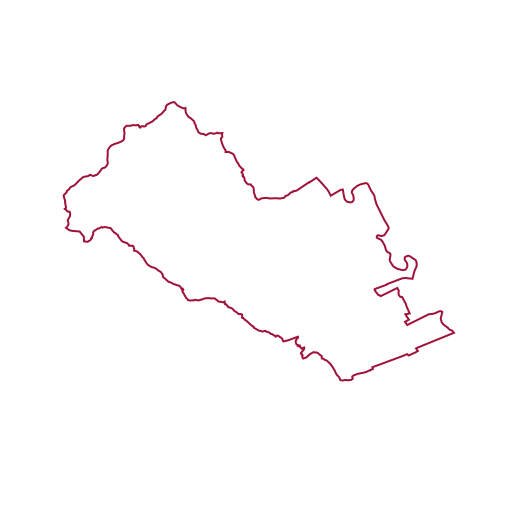 the district of Saulesti, Gorj, Romania, rotated 322°
{"feature_id": "2599482B57041086191744", "entity_name": "Saulesti", "entity_type": "district", "adm_level": 2, "iso_a3": "ROU", "parent_name": "Romania", "parent_adm1": "Gorj", "projection": "mercator", "projection_center": [23.467, 44.815], "detail": "fine", "context": "isolated", "style": "outline", "palette": "rose", "viewbox_px": 512, "rotation_deg": 322, "n_neighbors": 0, "source": "geoboundaries", "source_scale": "gbopen_adm2", "svg_char_len": 6086}
<svg xmlns="http://www.w3.org/2000/svg" viewBox="0 0 512 512"><g transform="rotate(322 256 256)"><path d="M363.0,432.1L363.0,430.7L361.5,425.2L361.5,422.7L363.0,419.0L368.3,414.9L368.3,414.2L367.7,413.3L366.1,412.3L362.3,411.5L360.9,410.9L359.0,410.1L356.4,408.3L332.7,403.5L332.9,399.6L337.3,400.3L337.8,393.9L341.7,395.9L343.5,388.8L344.6,385.9L345.9,378.3L344.8,377.3L344.5,376.7L344.6,374.4L345.6,372.8L347.1,371.3L347.7,368.2L329.5,364.4L329.4,363.4L328.4,361.9L328.4,356.9L328.8,355.3L329.3,355.2L341.4,359.1L341.9,358.8L357.4,363.6L359.9,365.1L365.3,370.3L371.2,365.7L376.3,362.9L378.1,360.7L378.7,359.5L379.2,358.1L379.2,357.3L377.3,351.6L376.7,350.2L375.9,349.4L373.3,348.6L372.3,348.7L371.3,349.8L370.9,350.8L370.7,353.8L370.4,355.0L369.3,356.9L368.3,357.8L366.1,358.6L364.9,358.6L363.0,357.6L359.6,353.3L357.9,349.2L357.8,348.2L358.3,343.0L358.9,341.4L362.6,338.0L363.2,336.9L363.2,336.1L362.1,334.0L361.9,332.5L362.4,330.5L363.8,327.3L364.6,322.0L364.5,320.3L362.8,316.8L362.5,315.9L362.7,315.6L363.5,314.8L364.6,314.6L365.1,314.9L367.0,317.4L369.4,318.5L370.5,318.5L377.5,316.0L378.4,314.2L379.2,307.1L382.8,289.5L385.0,283.8L386.3,281.6L386.6,280.0L386.9,275.6L388.4,268.6L388.3,267.5L387.9,266.7L386.6,265.7L382.2,263.8L379.1,263.1L374.3,263.1L372.0,263.7L370.5,265.0L370.0,268.1L368.2,271.2L367.4,271.9L366.4,272.4L365.0,272.6L363.3,271.9L361.1,269.1L360.8,266.0L362.5,262.3L365.3,257.1L364.0,256.2L362.7,255.9L352.0,254.5L352.9,250.1L353.1,247.2L352.7,239.5L351.9,231.6L343.0,230.8L343.0,230.5L328.5,229.5L326.5,228.7L325.6,227.9L324.5,228.2L322.7,227.4L318.3,227.7L316.3,226.8L314.5,227.4L313.8,227.3L311.2,226.0L309.3,224.7L307.9,223.2L302.1,219.0L300.6,217.1L297.9,215.2L295.4,213.8L293.1,213.6L292.4,213.1L291.7,211.2L291.9,210.0L291.7,208.7L292.4,207.8L293.5,204.6L295.4,201.9L296.2,200.1L295.8,198.1L295.9,196.3L293.9,194.7L293.4,192.5L293.6,189.8L294.0,188.7L295.0,187.2L295.1,186.4L294.5,185.2L294.8,184.4L295.5,184.3L296.0,183.5L296.1,181.1L298.0,180.5L298.9,180.7L299.3,180.2L298.7,177.7L298.4,174.7L299.0,172.0L298.9,170.0L300.8,162.7L300.6,160.9L298.5,157.1L296.0,155.4L297.1,153.9L297.3,151.1L297.8,149.0L298.6,146.2L300.4,142.0L300.9,141.7L302.8,141.4L304.4,138.8L305.1,138.4L302.2,136.4L301.5,135.0L299.8,134.6L297.8,133.5L296.6,131.8L294.8,130.6L290.7,129.9L289.7,127.2L288.4,126.5L287.1,124.3L286.9,122.6L287.4,121.3L287.9,118.1L289.1,115.5L289.2,114.0L290.1,111.5L289.5,107.8L288.4,104.5L288.7,101.2L289.4,99.0L291.5,95.9L290.4,95.6L289.8,95.1L288.0,91.9L286.8,88.9L286.5,85.0L286.2,84.2L283.3,82.9L279.1,82.1L276.7,82.9L276.0,83.8L274.3,85.1L273.1,85.0L270.5,85.6L268.4,85.8L266.1,85.5L263.7,85.6L262.6,86.2L259.7,85.9L258.6,86.2L256.6,86.1L250.7,84.9L249.3,85.6L248.7,85.6L247.4,85.0L247.1,84.3L245.4,83.2L243.8,83.5L243.6,82.0L244.0,81.7L244.1,81.3L243.8,80.1L242.1,79.3L239.6,77.1L237.0,75.9L234.2,73.7L233.6,73.6L230.6,74.2L228.8,76.7L228.2,78.1L226.0,80.2L224.5,82.2L223.5,82.8L221.4,83.1L216.3,81.8L214.4,80.9L210.5,79.9L207.8,80.1L205.4,80.9L203.9,81.7L201.3,85.2L198.3,88.3L196.6,91.3L195.3,92.4L192.8,93.2L190.9,93.2L189.7,92.5L188.0,92.3L184.8,93.4L181.6,94.0L179.9,93.9L179.3,93.4L178.2,93.3L176.9,92.7L175.2,89.8L172.6,89.6L169.7,87.9L167.4,87.3L165.3,87.6L163.7,87.5L156.9,88.5L152.3,87.6L149.1,88.4L147.2,88.3L145.6,89.3L142.4,89.6L141.4,90.2L139.4,95.4L138.5,96.2L136.1,100.9L135.7,101.2L134.3,101.2L134.9,103.4L134.8,104.2L135.1,105.2L136.4,106.4L135.4,108.6L133.8,110.1L129.5,112.0L128.7,114.2L127.6,115.7L125.3,116.6L123.6,116.8L124.5,120.0L125.0,121.1L126.9,123.3L132.1,128.1L132.2,134.8L129.5,138.6L132.0,141.1L135.0,141.5L138.7,140.7L137.6,140.4L141.1,138.7L142.1,137.3L143.4,136.6L148.1,137.0L149.9,137.8L152.2,138.1L152.5,139.1L154.3,139.8L156.0,141.5L158.6,144.6L158.7,145.5L158.5,147.9L158.8,150.5L159.3,151.2L159.5,152.9L160.1,154.1L159.5,156.3L159.5,162.1L162.3,166.5L162.6,168.4L162.4,169.8L163.0,169.9L163.7,171.1L165.1,172.0L165.4,172.8L165.2,173.6L164.6,174.4L164.5,175.4L163.2,176.5L165.1,179.2L166.0,184.0L165.8,186.9L166.2,188.2L165.8,189.7L165.3,194.9L165.5,196.9L167.0,200.6L168.7,202.8L169.7,205.0L169.9,206.7L171.2,210.2L171.0,213.3L170.0,214.9L169.8,215.7L170.4,217.4L170.4,217.9L171.2,222.5L172.7,224.6L173.6,227.1L177.2,232.3L177.5,233.3L177.0,236.4L178.1,236.5L177.9,238.0L176.3,238.5L175.9,239.1L176.0,240.7L175.1,246.1L175.5,247.7L175.2,248.8L177.0,250.8L178.7,251.8L179.2,252.5L181.1,253.0L182.0,254.3L184.3,256.2L185.4,256.3L187.1,257.2L188.9,257.6L190.8,258.6L193.3,260.5L194.3,261.7L196.5,263.2L197.4,264.2L197.8,266.0L198.1,266.6L198.2,268.2L199.2,269.8L199.9,270.1L201.6,272.4L203.2,272.6L202.0,274.7L202.0,275.1L202.8,275.9L202.6,277.6L203.0,278.7L202.7,279.2L204.7,282.1L205.1,284.4L205.2,286.2L206.1,288.5L206.6,291.1L207.8,292.0L209.0,293.3L208.7,294.3L207.3,295.5L207.0,296.3L207.8,297.0L207.9,299.3L208.3,300.1L209.0,303.5L209.6,307.7L210.6,310.2L210.1,310.8L210.2,311.3L212.5,316.9L213.7,317.9L214.4,319.4L217.2,320.7L217.6,322.0L218.3,322.8L219.2,324.3L219.7,325.7L219.6,326.4L220.7,327.7L221.3,329.8L221.8,330.5L221.8,331.6L223.7,331.7L224.4,332.6L225.0,334.8L225.5,335.8L225.7,337.5L225.0,339.4L225.1,340.3L229.7,342.3L239.3,345.4L238.8,346.3L237.2,346.0L236.5,346.9L235.2,347.1L234.1,348.6L233.6,350.1L233.5,350.7L234.1,351.8L235.4,353.7L234.9,354.2L234.3,353.9L235.0,355.4L234.8,357.0L236.2,357.8L236.8,357.4L237.6,357.8L236.3,359.1L231.9,360.1L231.7,361.1L231.3,361.1L231.6,363.0L230.7,363.4L230.2,364.4L230.1,365.9L233.6,367.0L236.1,366.6L237.2,366.8L237.8,366.5L242.1,367.2L242.6,367.6L243.1,368.5L244.3,369.2L245.0,370.6L245.7,374.1L246.2,375.1L244.8,377.3L245.9,378.5L246.2,380.1L247.2,381.5L247.9,384.7L247.9,386.1L248.2,386.5L248.2,387.8L247.9,388.6L248.1,389.5L247.5,394.7L246.5,398.9L246.9,403.0L246.1,405.2L246.3,406.1L247.7,407.5L250.4,408.9L251.6,410.3L254.5,412.2L256.7,412.2L257.7,410.2L259.5,410.2L263.8,411.6L270.9,415.1L275.3,416.1L275.8,416.6L276.3,416.3L278.5,417.0L279.2,415.3L310.9,425.4L314.6,426.3L315.1,428.4L322.1,430.1L325.0,430.5L325.2,427.4L325.9,427.4L364.7,438.4L364.5,435.3L363.4,433.6L363.0,432.1Z" fill="none" stroke="#9f1239" stroke-width="2"/></g></svg>